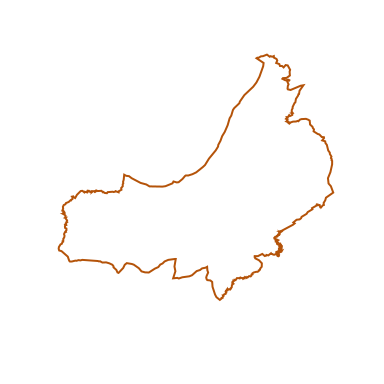 Kaset Sombun, Chaiyaphum, Thailand, rotated 74°
{"feature_id": "78962969B30311975782623", "entity_name": "Kaset Sombun", "entity_type": "district", "adm_level": 2, "iso_a3": "THA", "parent_name": "Thailand", "parent_adm1": "Chaiyaphum", "projection": "robinson", "projection_center": [101.917, 16.261], "detail": "fine", "context": "isolated", "style": "outline", "palette": "amber", "viewbox_px": 384, "rotation_deg": 74, "n_neighbors": 0, "source": "geoboundaries", "source_scale": "gbopen_adm2", "svg_char_len": 5987}
<svg xmlns="http://www.w3.org/2000/svg" viewBox="0 0 384 384"><g transform="rotate(74 192 192)"><path d="M236.7,66.2L234.4,64.8L231.5,56.4L224.7,56.9L221.5,58.4L216.2,57.5L211.1,53.5L204.1,49.7L200.7,48.7L199.9,49.1L199.0,48.6L197.6,49.1L196.4,48.2L193.4,49.0L192.1,48.7L189.7,49.6L183.8,49.4L181.9,50.2L180.0,50.0L178.3,52.6L176.5,50.2L175.7,50.1L174.9,52.1L171.8,53.7L170.9,55.1L167.2,58.4L165.4,57.5L163.8,58.2L162.5,58.2L159.7,59.9L155.8,59.2L154.5,60.4L153.1,62.3L152.1,66.7L152.2,68.4L153.3,70.2L152.8,70.8L152.9,72.7L152.2,75.4L152.3,77.9L153.1,79.6L151.8,80.5L151.5,79.8L150.2,81.7L149.8,80.6L148.5,81.0L148.3,80.4L147.5,81.4L146.6,80.0L146.2,80.1L146.5,79.2L144.9,77.4L146.0,76.9L145.6,74.4L144.6,74.0L143.7,74.6L143.8,73.4L142.2,74.0L140.7,73.5L139.1,72.1L138.1,71.9L134.7,68.9L134.4,68.0L131.1,66.4L128.6,63.5L127.3,62.7L127.3,62.1L124.3,60.7L120.1,55.5L119.8,58.3L121.1,69.1L119.8,71.5L119.1,71.7L116.4,70.6L115.1,69.5L111.8,70.0L111.4,69.1L111.7,67.9L111.4,67.6L110.7,68.3L110.4,71.4L108.1,73.9L107.6,73.2L108.4,69.7L107.0,65.8L103.2,65.0L101.6,64.0L96.7,65.1L95.8,67.0L97.5,69.6L95.7,70.7L95.1,72.7L93.1,72.8L91.2,75.5L89.1,73.8L87.4,74.1L85.4,76.2L83.9,75.9L84.1,77.6L83.1,79.0L83.4,80.0L80.6,82.1L81.0,86.3L80.6,88.4L81.3,91.0L80.9,92.2L81.2,93.1L87.7,87.6L90.7,88.9L99.8,95.4L104.5,99.9L107.7,104.2L113.3,115.0L118.3,121.1L119.7,122.0L123.0,128.3L124.4,130.0L129.4,133.2L131.5,135.5L137.6,139.3L143.3,144.0L146.6,147.6L150.6,150.5L154.0,153.8L155.5,154.4L158.6,157.8L164.6,166.5L169.7,172.1L171.0,174.7L174.3,182.6L175.0,186.7L175.1,191.1L174.4,193.4L174.7,194.3L176.9,197.6L178.9,202.2L178.6,204.0L176.8,206.9L178.3,208.4L179.1,215.9L178.7,218.8L174.9,231.3L172.2,233.8L169.1,238.9L162.1,246.2L159.4,248.2L158.3,250.8L156.7,252.4L161.4,254.3L163.3,255.5L164.8,255.7L165.5,256.5L167.4,257.0L168.7,259.0L170.4,259.2L171.1,262.2L172.1,262.6L170.1,265.3L170.5,265.9L170.4,267.4L169.9,268.1L168.9,273.1L169.7,274.1L168.9,276.1L167.5,277.2L167.7,277.7L165.9,278.7L165.1,282.4L164.2,283.5L164.8,283.9L165.1,284.8L164.6,284.9L164.9,285.5L164.2,285.7L164.0,287.0L164.3,287.7L163.9,287.4L163.5,287.9L163.9,289.5L163.5,289.5L163.3,290.6L162.5,290.7L162.0,291.9L163.5,292.8L163.0,293.7L162.6,293.3L162.7,294.5L162.1,295.3L162.6,295.7L160.7,297.0L160.5,298.1L160.9,298.2L160.5,298.3L160.5,298.9L163.0,303.4L165.6,306.0L164.5,307.1L163.5,307.3L163.4,308.6L164.3,308.3L165.9,308.9L166.2,310.3L166.7,310.6L166.5,311.1L167.6,313.3L167.9,316.2L168.9,317.1L169.2,318.9L170.7,320.2L172.3,320.4L174.1,321.7L174.5,320.9L175.5,321.2L175.4,320.6L176.1,320.3L177.7,321.0L177.3,321.2L177.7,321.4L177.6,321.9L178.2,321.3L178.1,320.7L178.8,321.1L178.6,320.9L179.8,320.1L181.4,320.8L181.6,320.4L181.8,321.0L182.1,320.5L182.4,320.8L184.9,319.9L186.2,320.9L186.6,320.5L187.3,322.0L188.2,321.9L188.4,322.8L189.1,322.4L189.1,323.1L189.9,323.6L191.5,323.9L192.5,322.8L194.1,323.2L194.9,324.3L195.6,324.2L195.6,325.2L197.2,326.6L199.0,326.6L200.5,327.4L201.5,328.6L203.5,329.2L203.6,329.8L204.3,329.7L204.5,330.4L205.9,331.4L206.1,332.8L208.2,335.1L209.8,335.8L211.6,335.8L212.9,333.7L219.9,329.2L224.2,329.0L225.2,328.5L225.7,326.6L225.8,323.1L226.3,321.9L226.2,319.9L227.0,318.1L227.0,316.2L232.4,301.5L233.1,300.5L233.2,299.5L235.1,297.6L236.0,293.9L237.8,291.1L240.0,288.6L241.8,287.9L242.8,288.2L246.0,286.2L248.8,285.8L249.5,284.9L246.1,279.1L243.4,276.7L242.4,274.3L244.6,269.7L245.8,268.0L250.6,264.1L254.4,262.4L256.3,259.3L257.5,255.7L255.4,248.7L254.9,245.1L253.0,242.5L252.6,240.0L251.2,237.5L250.7,233.5L251.7,226.7L251.9,226.1L258.8,229.4L263.6,229.8L269.8,233.9L270.5,229.8L271.5,228.5L271.3,224.9L272.3,217.8L272.0,214.9L269.3,209.3L269.2,205.8L268.2,203.3L268.5,199.9L268.1,198.1L271.5,198.8L273.9,198.7L276.8,201.1L278.1,201.9L279.6,202.0L280.9,201.6L282.1,198.7L284.0,197.4L288.8,198.4L296.9,198.1L299.8,197.5L303.4,195.0L302.6,193.1L302.0,192.8L302.2,191.8L301.6,191.6L300.9,190.7L300.0,190.8L300.2,190.2L299.7,190.1L299.2,189.1L299.2,187.8L298.5,187.5L298.2,186.8L296.9,187.1L296.2,186.5L296.4,185.5L295.6,185.3L295.9,184.8L295.3,184.5L295.9,184.3L295.6,183.1L296.3,182.3L295.6,181.2L295.1,181.2L294.6,180.1L292.5,179.3L291.9,178.2L291.4,178.3L291.4,177.5L289.8,178.1L289.1,176.4L288.6,176.5L288.8,175.8L288.1,175.4L288.7,174.4L287.2,172.6L287.8,170.5L287.6,169.4L288.0,169.4L287.8,169.0L288.6,167.3L289.1,167.1L288.8,166.0L289.2,166.1L288.9,165.4L289.3,165.1L288.4,164.4L289.6,163.2L288.9,162.5L289.4,161.9L288.6,160.3L289.3,158.9L288.8,158.0L287.8,157.6L287.8,156.5L286.9,156.4L286.4,155.1L286.4,152.2L286.8,150.8L286.1,149.3L285.7,149.3L285.4,148.0L284.4,147.6L283.1,145.6L279.8,144.5L276.1,146.4L273.2,149.5L272.1,149.2L271.7,149.7L270.9,149.4L271.8,146.3L270.9,141.5L273.6,139.7L273.6,138.3L273.0,137.8L274.0,136.1L272.7,133.0L273.4,132.9L273.8,131.8L274.6,131.2L275.0,130.1L274.8,129.0L275.6,127.3L277.1,127.4L277.6,126.7L277.5,126.2L276.7,125.7L276.1,126.3L275.5,125.7L274.7,126.2L275.0,127.2L274.1,126.9L273.6,127.7L273.0,127.6L272.7,125.9L273.6,125.8L273.9,124.9L273.1,124.8L272.9,124.3L274.1,123.9L274.1,122.6L273.3,121.8L273.5,123.3L272.4,124.3L272.0,124.2L272.3,123.1L271.9,122.6L270.8,124.2L270.2,124.0L270.5,122.1L269.2,122.6L269.1,121.7L270.1,121.1L268.8,120.5L268.4,121.0L268.5,122.7L268.2,123.1L267.7,123.0L267.8,121.0L267.3,121.0L267.2,122.0L265.9,121.6L265.8,122.2L266.3,122.6L266.1,123.9L265.5,124.5L264.8,124.5L264.2,123.5L263.5,124.3L262.5,123.4L262.1,122.4L260.7,124.0L261.5,125.0L260.0,124.8L259.5,125.6L258.8,125.6L258.0,124.3L258.4,123.1L258.2,122.0L258.0,121.8L258.0,122.4L257.5,122.4L257.4,121.6L256.8,121.2L257.3,120.0L256.7,119.5L256.2,120.0L256.0,119.5L254.8,119.4L255.5,119.0L254.6,118.7L255.1,118.1L254.8,117.2L254.0,118.5L254.0,116.5L251.3,103.9L250.5,102.0L249.2,103.0L247.5,99.1L248.0,96.1L247.3,94.4L246.1,93.5L244.6,87.9L243.2,86.3L241.8,81.0L240.6,81.1L239.4,76.2L238.3,75.5L238.6,74.7L239.4,74.8L239.7,72.9L241.8,72.9L241.8,72.1L242.3,72.1L240.8,69.8L240.8,68.8L238.8,68.5L236.7,66.2Z" fill="none" stroke="#b45309" stroke-width="2"/></g></svg>